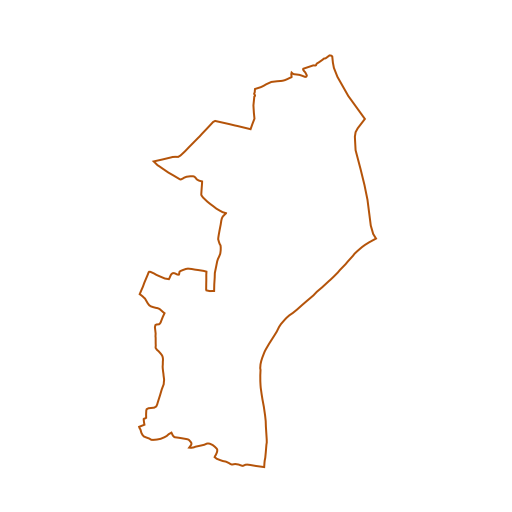 the district of Vinh Long, Vĩnh Long, Vietnam, rotated 99°
{"feature_id": "81297802B51499597672373", "entity_name": "Vinh Long", "entity_type": "district", "adm_level": 2, "iso_a3": "VNM", "parent_name": "Vietnam", "parent_adm1": "Vĩnh Long", "projection": "orthographic", "projection_center": [105.946, 10.252], "detail": "fine", "context": "isolated", "style": "outline", "palette": "amber", "viewbox_px": 512, "rotation_deg": 99, "n_neighbors": 0, "source": "geoboundaries", "source_scale": "gbopen_adm2", "svg_char_len": 5413}
<svg xmlns="http://www.w3.org/2000/svg" viewBox="0 0 512 512"><g transform="rotate(99 256 256)"><path d="M103.6,169.9L83.5,189.9L66.3,203.6L58.0,208.5L53.0,210.3L47.0,211.9L46.7,212.3L46.3,213.2L46.4,214.8L49.1,217.4L49.5,217.8L49.9,218.3L50.2,219.1L50.4,219.8L50.8,220.2L51.6,220.8L54.8,224.1L56.4,226.0L57.0,226.3L58.2,226.6L58.5,227.0L58.8,229.3L63.6,238.5L64.0,238.7L64.5,238.6L65.1,238.2L65.9,237.4L66.9,236.1L69.6,234.1L70.1,234.1L70.8,234.3L71.3,234.8L71.4,235.7L70.7,238.9L70.3,241.5L70.4,245.0L70.5,247.0L70.2,248.1L69.3,249.5L70.8,249.6L71.2,249.5L72.9,249.0L73.5,248.9L73.8,248.9L75.1,250.9L76.3,252.6L77.8,255.0L78.6,256.8L79.1,258.3L80.1,262.5L81.7,268.1L84.8,272.8L86.4,274.7L87.5,276.2L88.5,277.7L91.2,283.1L93.2,283.0L93.9,282.9L94.6,282.9L95.5,283.1L95.9,283.2L96.2,283.1L96.4,283.0L97.2,282.3L97.5,282.1L97.8,282.1L98.1,282.1L98.8,282.6L99.0,282.6L107.7,282.1L114.9,280.5L120.6,279.0L126.2,280.2L131.6,281.2L130.5,294.6L130.4,297.1L129.9,303.0L129.0,317.5L130.3,319.3L138.3,324.7L143.8,328.5L146.9,330.5L148.2,331.5L158.5,338.9L163.7,342.5L168.3,346.1L168.9,346.7L170.3,348.4L170.6,350.8L171.2,353.7L171.4,354.2L171.9,355.3L175.3,363.5L177.0,367.8L178.6,371.8L181.7,367.5L182.6,365.4L184.5,361.5L187.3,355.6L189.5,349.8L192.1,343.3L192.2,342.3L191.1,340.6L189.8,339.1L188.6,337.0L187.5,333.3L187.1,330.5L187.2,329.7L187.4,329.1L187.8,328.5L188.5,327.6L189.5,326.6L190.1,325.2L190.5,323.9L190.8,320.9L192.2,320.7L199.4,320.1L203.7,319.7L204.7,319.3L206.5,317.5L209.9,312.6L211.7,309.5L213.5,306.0L215.4,302.6L217.0,298.5L217.4,297.3L217.9,296.0L218.4,292.3L218.5,292.3L220.1,293.5L222.2,295.0L224.1,295.6L226.2,295.8L230.6,295.8L236.0,296.0L240.6,296.1L243.4,296.1L245.3,296.0L247.7,294.9L249.6,293.9L251.1,292.7L252.9,292.2L255.6,291.8L257.6,291.7L259.5,291.7L262.5,292.4L264.8,293.1L267.3,293.5L272.4,293.7L279.2,294.0L283.9,293.4L290.4,292.8L297.1,291.9L297.9,296.3L297.7,299.6L296.9,300.0L291.4,300.8L287.7,301.3L282.1,302.2L279.9,302.4L279.2,302.5L278.9,305.4L278.9,310.9L279.0,314.2L278.9,317.4L279.1,321.2L279.8,323.3L281.4,326.2L282.5,328.0L283.2,328.8L283.7,329.1L284.5,329.1L285.9,329.1L286.4,329.2L286.5,329.4L286.6,329.9L286.6,330.9L286.1,332.5L285.9,333.2L285.8,333.9L285.8,334.5L285.9,335.2L286.2,335.8L287.0,336.6L288.2,337.2L291.3,338.0L292.5,338.4L292.5,341.1L292.5,342.5L291.0,348.5L290.2,351.5L289.2,354.0L288.2,357.7L288.2,358.5L288.3,359.1L288.9,359.5L291.3,360.0L299.8,362.1L304.0,362.9L307.0,363.7L311.1,364.7L311.9,364.9L312.6,363.5L313.0,362.7L313.5,361.9L313.6,361.7L314.0,361.1L314.6,360.3L314.9,359.8L315.4,359.0L319.7,355.5L321.4,353.7L322.2,351.9L322.6,349.5L322.9,346.7L322.9,345.1L323.4,343.0L324.2,341.7L326.0,338.9L326.8,337.4L330.6,338.5L333.7,339.2L335.6,339.6L336.6,339.8L337.8,340.4L338.6,341.1L338.8,341.8L339.2,343.5L339.9,344.5L340.6,344.6L342.1,344.7L348.3,343.0L351.1,342.7L352.6,342.3L355.7,341.8L358.1,341.4L360.1,341.0L361.9,340.9L362.7,340.6L364.2,339.1L365.3,337.3L366.3,336.1L367.1,335.1L368.5,333.6L369.7,332.7L370.9,332.2L371.8,331.9L373.3,331.6L374.8,331.5L377.6,331.1L379.9,330.9L381.7,330.5L384.6,329.7L386.9,329.0L388.5,328.6L391.5,327.7L392.7,327.4L393.8,327.3L394.6,327.3L397.1,327.1L402.4,328.2L408.6,329.0L415.8,330.1L418.2,330.4L420.2,331.0L421.7,332.8L422.7,336.5L423.2,338.4L424.4,340.0L425.7,340.2L429.5,339.8L433.0,339.2L433.8,340.2L434.2,341.1L434.6,341.4L435.6,341.2L438.1,340.5L440.1,339.8L441.4,342.0L443.0,344.7L444.0,344.2L445.6,342.9L448.5,341.6L450.5,340.1L451.8,338.5L452.4,336.0L453.0,332.9L453.9,330.7L453.9,330.4L453.7,328.7L452.8,325.2L451.5,321.6L449.4,318.2L447.7,316.0L445.7,314.4L443.7,311.9L446.5,309.9L447.1,309.0L447.6,308.4L447.7,307.9L447.6,304.1L447.6,301.2L447.7,295.8L447.8,294.5L448.1,293.6L448.6,292.9L449.8,291.5L450.5,290.8L451.2,290.5L451.6,290.4L452.1,290.4L452.9,290.6L454.0,291.1L455.7,292.0L455.6,290.1L454.8,287.6L453.8,285.9L452.5,282.5L451.4,279.7L450.5,277.5L449.5,276.0L448.9,275.0L448.7,274.1L448.6,273.0L448.7,272.0L449.5,269.2L450.8,266.9L452.4,264.7L453.0,264.2L453.4,264.0L454.5,263.8L454.9,263.8L456.1,263.9L457.3,264.2L458.5,264.5L460.2,265.2L461.1,265.4L461.2,265.2L461.9,264.0L462.4,263.1L463.2,259.5L463.7,256.7L463.8,253.7L464.1,252.5L464.8,250.2L465.5,248.6L465.7,247.5L465.7,247.0L465.4,246.1L465.0,244.9L464.7,244.0L464.7,242.9L464.7,240.5L465.1,238.6L465.4,236.7L465.3,236.2L465.1,235.7L464.4,234.7L463.8,233.7L463.4,232.0L463.3,229.2L463.4,223.2L463.3,219.4L463.2,214.9L458.8,215.3L456.7,215.4L453.9,215.3L448.8,215.6L440.8,216.2L439.4,216.2L438.5,216.2L435.6,216.7L431.6,217.6L422.7,219.6L417.5,220.6L412.0,222.1L403.9,224.6L401.1,225.6L396.6,227.2L391.7,228.8L385.5,230.7L383.0,231.3L380.2,231.9L378.7,232.2L373.2,233.1L367.9,233.7L366.1,234.3L362.3,234.6L358.9,234.4L355.5,233.9L349.9,232.7L348.4,232.3L346.4,231.6L344.1,230.7L340.5,229.3L332.0,225.6L327.5,223.7L322.4,222.1L319.3,220.7L314.2,217.5L312.3,216.2L309.4,213.8L309.2,213.6L306.5,210.7L302.5,207.1L297.1,202.7L292.5,198.8L285.9,193.1L285.3,192.7L281.8,190.3L277.4,186.5L276.5,185.7L274.7,184.3L274.1,183.8L269.0,179.8L268.1,179.0L264.2,176.0L259.9,172.9L259.5,172.6L256.8,171.0L250.3,166.4L250.0,166.2L247.1,164.5L240.7,160.3L238.3,159.0L235.7,157.0L231.9,153.8L230.4,152.5L227.9,150.0L224.7,146.3L220.0,140.2L215.9,143.7L208.0,147.4L183.0,154.7L174.2,158.0L169.1,159.9L154.1,166.2L135.9,174.2L127.5,176.0L122.7,177.0L118.1,177.0L113.9,175.5L103.6,169.9Z" fill="none" stroke="#b45309" stroke-width="2"/></g></svg>